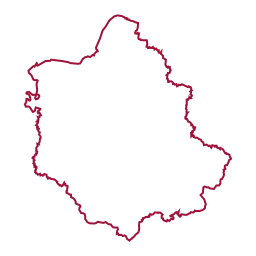 the district of Kanchanadit, Surat Thani, Thailand
{"feature_id": "78962969B17156499788774", "entity_name": "Kanchanadit", "entity_type": "district", "adm_level": 2, "iso_a3": "THA", "parent_name": "Thailand", "parent_adm1": "Surat Thani", "projection": "orthographic", "projection_center": [99.537, 9.081], "detail": "fine", "context": "isolated", "style": "outline", "palette": "rose", "viewbox_px": 256, "rotation_deg": 0, "n_neighbors": 0, "source": "geoboundaries", "source_scale": "gbopen_adm2", "svg_char_len": 5765}
<svg xmlns="http://www.w3.org/2000/svg" viewBox="0 0 256 256"><path d="M127.1,238.9L129.4,240.6L130.0,239.8L131.8,238.8L132.3,237.8L133.3,237.4L135.9,234.4L138.4,232.4L139.3,228.8L139.0,225.7L139.4,222.1L141.6,221.7L142.4,220.6L141.9,219.7L143.0,219.3L143.0,218.1L144.4,218.0L145.7,216.9L148.9,217.0L149.4,216.6L148.9,215.5L149.7,215.1L150.2,214.0L151.6,214.8L153.0,214.4L154.9,212.5L157.7,212.5L158.1,213.0L158.7,212.5L160.2,212.6L162.6,214.6L161.6,216.1L161.7,218.0L163.1,218.5L163.0,219.3L163.8,220.4L166.7,221.4L167.4,219.9L169.3,221.0L171.4,218.6L172.8,219.2L173.4,218.9L173.6,218.1L172.5,215.9L170.6,216.3L170.4,215.7L173.9,214.2L175.2,212.7L176.4,212.2L177.1,213.4L178.7,211.5L178.1,214.7L179.9,216.6L180.9,215.8L180.6,214.8L181.4,214.3L185.8,214.9L187.4,214.6L188.7,213.6L189.8,213.5L190.9,212.1L192.9,212.6L193.7,212.3L194.8,210.6L195.7,211.0L199.6,211.0L202.5,210.1L203.9,209.1L204.9,208.2L205.0,206.4L205.8,204.2L204.3,199.5L200.6,195.1L202.9,192.8L203.4,187.4L204.4,186.5L207.1,187.4L208.6,187.3L209.7,188.4L214.0,188.9L216.4,185.5L219.1,185.4L220.5,183.3L220.3,180.7L220.8,179.3L222.0,179.0L223.8,175.6L224.0,174.0L223.5,172.4L224.1,170.8L223.6,169.7L225.4,168.8L224.7,167.0L224.9,165.9L225.2,165.4L227.0,165.0L228.5,162.3L229.1,160.0L230.7,159.2L231.1,158.4L229.9,157.0L229.5,154.8L227.2,153.7L226.5,154.0L226.0,153.0L225.2,153.2L222.9,149.3L220.4,147.9L220.0,149.1L219.3,148.2L217.7,148.0L215.7,146.3L216.8,146.3L216.6,145.7L215.9,145.6L214.8,146.5L214.4,145.8L212.4,145.2L211.3,147.7L209.7,145.6L208.6,146.1L206.6,144.6L203.9,145.1L203.3,142.4L201.6,141.3L201.0,139.8L198.8,139.0L197.0,137.6L195.4,137.8L193.7,137.1L193.3,136.7L193.9,135.9L193.5,135.4L192.9,135.6L192.6,135.0L192.5,135.6L191.8,135.4L191.3,136.1L191.1,133.5L191.5,133.7L191.9,132.4L192.7,132.1L192.2,131.2L194.3,130.0L194.0,129.3L194.7,129.0L195.1,127.4L193.3,127.4L193.5,126.6L192.2,125.4L192.2,124.6L191.5,124.4L191.7,124.9L191.3,125.1L191.1,123.5L189.9,122.2L188.3,121.7L187.1,119.1L186.6,119.2L186.1,118.5L185.5,118.7L185.3,118.2L185.4,116.7L186.1,116.4L186.8,114.6L186.4,114.1L187.5,112.7L186.9,112.8L186.5,112.1L186.6,109.6L185.9,108.6L186.4,107.2L186.1,105.3L186.8,104.9L186.7,100.5L187.4,100.2L186.9,99.5L189.0,98.7L189.3,97.2L190.3,98.2L191.1,98.1L190.8,97.5L191.9,95.7L191.6,95.0L190.5,94.5L191.1,92.4L190.2,91.5L191.6,90.5L191.1,90.3L191.3,88.7L190.6,87.1L189.7,87.2L188.8,86.3L187.9,87.1L181.9,84.2L180.7,85.2L178.8,84.7L178.2,85.7L177.2,86.1L177.3,85.6L176.1,84.7L176.1,84.2L174.6,84.6L174.1,83.8L173.0,84.0L172.9,82.6L171.4,81.4L168.9,81.2L168.7,82.0L168.2,82.0L167.8,79.0L166.9,78.7L167.4,75.6L166.5,75.1L167.9,74.0L167.9,73.0L169.6,72.9L170.6,70.3L170.0,70.0L170.3,69.1L169.4,67.7L169.8,67.1L168.3,66.6L167.8,67.7L166.5,66.8L165.4,64.5L165.9,59.7L163.1,58.0L162.9,55.6L161.0,53.9L161.2,51.9L160.4,53.0L159.0,52.7L158.8,51.6L158.3,51.5L158.7,50.3L157.3,50.1L156.3,48.7L154.5,49.5L154.4,48.2L152.7,48.0L152.7,47.1L151.0,48.1L149.4,47.1L149.2,47.9L148.0,48.1L147.1,46.8L146.5,46.7L147.3,43.8L146.8,40.3L141.8,40.2L140.6,40.0L140.5,39.3L138.6,39.0L138.3,37.6L139.0,33.3L137.6,33.1L137.5,33.8L135.3,33.5L135.1,32.8L135.9,30.8L136.8,30.5L137.7,27.9L138.1,23.1L137.5,23.3L137.0,22.6L135.3,22.3L133.4,21.2L130.3,20.7L129.4,19.9L128.9,19.9L129.0,19.6L127.8,19.4L127.5,18.9L127.1,19.1L126.9,18.6L126.5,18.9L126.1,18.1L125.2,18.3L124.7,17.4L121.5,16.0L117.5,15.4L114.2,16.4L109.4,20.4L105.6,26.7L102.6,30.5L99.9,38.7L96.0,47.6L96.2,49.0L97.6,50.5L97.7,51.3L96.5,51.6L94.4,53.9L94.0,55.4L92.8,54.9L90.2,57.0L87.6,56.4L86.8,57.0L85.1,57.2L82.8,58.9L80.2,63.4L78.0,63.8L70.5,63.1L68.4,62.2L61.9,61.0L51.1,59.7L50.2,60.8L45.4,61.1L37.6,65.7L36.3,65.1L37.0,63.5L36.7,63.1L34.5,66.6L33.5,66.1L28.5,70.6L28.9,72.8L31.4,75.2L33.4,79.6L34.8,80.2L37.0,80.1L37.7,80.6L36.5,84.1L37.2,90.3L36.5,93.4L37.1,94.3L39.0,95.2L39.3,96.2L38.0,98.6L35.9,99.3L35.1,98.1L35.9,95.3L35.6,94.6L32.7,95.0L29.2,92.0L26.6,92.4L26.5,93.6L28.7,94.5L29.6,95.5L30.5,99.5L30.0,100.4L29.2,100.6L27.4,98.8L26.5,98.9L26.2,102.3L24.9,104.3L25.9,106.7L28.2,106.4L29.7,107.2L32.8,111.9L34.7,111.1L35.8,107.5L40.3,108.8L40.1,109.6L38.1,111.1L37.7,112.3L38.2,113.2L38.9,112.4L39.4,112.6L40.9,115.3L39.5,115.9L39.6,116.9L38.7,117.6L37.9,117.2L38.6,119.4L38.2,120.9L37.7,120.7L37.8,121.5L37.2,121.2L36.8,121.6L37.4,121.8L37.7,123.2L36.0,125.3L37.8,126.4L37.9,126.8L37.0,127.5L37.3,128.6L37.9,128.0L38.9,128.7L38.2,130.5L38.6,131.6L39.8,132.3L39.1,134.6L40.5,136.4L40.6,138.1L40.1,138.4L39.5,142.3L38.6,143.6L38.8,144.2L37.3,143.8L37.7,145.9L36.6,147.2L36.2,148.5L36.5,150.0L36.1,150.8L37.2,151.6L37.0,153.1L36.3,154.4L35.8,153.9L35.6,154.6L34.7,155.2L34.5,156.9L33.1,157.0L32.5,157.9L33.9,159.1L33.7,160.0L34.5,160.3L33.7,161.5L33.8,162.9L34.2,163.2L33.5,163.5L34.7,164.8L34.2,165.4L34.7,166.1L34.4,166.9L35.5,167.3L36.1,167.3L36.3,166.7L36.6,167.0L36.6,168.0L36.1,168.1L36.6,168.6L35.9,168.3L35.9,169.6L35.2,170.3L35.6,170.7L35.1,172.1L35.8,172.4L36.0,173.4L36.9,173.4L37.9,174.7L40.0,173.8L40.4,175.2L40.8,174.8L42.8,175.7L43.3,174.7L44.3,174.6L44.5,174.1L46.5,174.7L46.8,176.8L47.9,177.3L47.5,177.7L47.8,178.6L50.2,178.2L50.8,178.8L54.4,179.4L57.3,181.8L57.0,182.5L58.6,184.5L60.0,185.0L59.9,185.4L61.0,185.4L61.5,186.2L62.6,185.7L64.2,182.7L64.8,184.2L65.3,184.1L65.5,185.5L67.6,186.1L67.0,190.8L66.4,191.2L66.5,192.8L68.3,193.5L69.2,194.5L71.0,194.6L71.1,197.3L72.6,197.8L74.4,199.3L75.5,201.2L75.8,203.5L80.0,205.4L80.5,206.4L79.3,208.2L79.3,210.0L81.2,213.1L83.0,213.2L84.7,214.1L85.3,216.7L85.1,218.9L87.4,222.2L89.7,223.3L94.0,223.5L95.8,223.2L97.8,221.8L103.2,222.9L105.7,222.1L108.4,224.1L111.0,224.5L111.9,226.1L113.3,227.4L117.5,227.6L117.9,229.3L117.1,231.2L116.8,233.9L118.0,233.5L118.7,235.1L121.2,234.8L122.9,236.1L124.3,235.4L125.8,236.1L127.1,238.9Z" fill="none" stroke="#9f1239" stroke-width="2"/></svg>